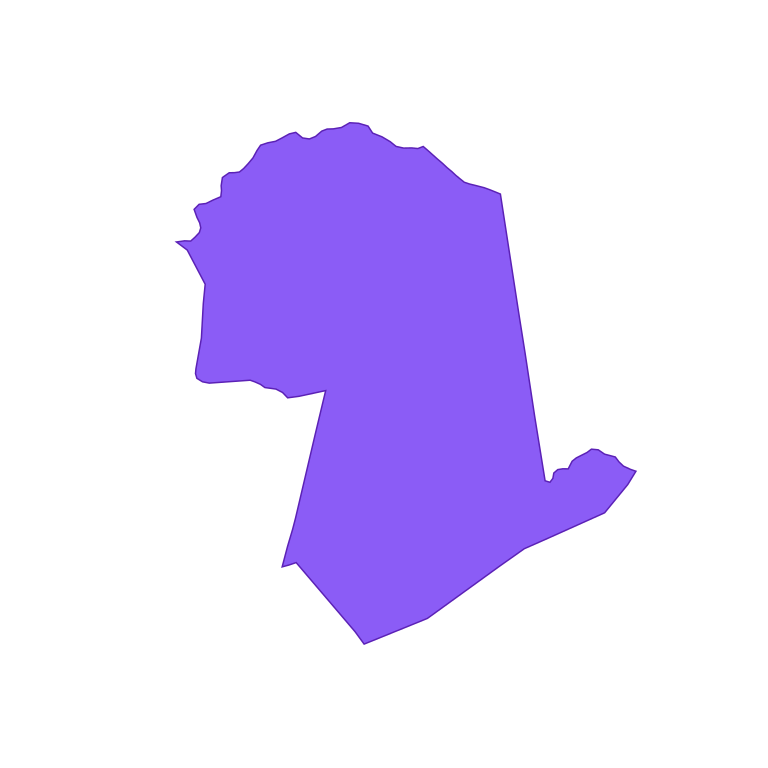 Apuiarés, Ceará, Brazil, rotated 216°
{"feature_id": "56859067B73937581953991", "entity_name": "Apuiarés", "entity_type": "district", "adm_level": 2, "iso_a3": "BRA", "parent_name": "Brazil", "parent_adm1": "Ceará", "projection": "orthographic", "projection_center": [-39.3, -3.96], "detail": "fine", "context": "isolated", "style": "filled", "palette": "violet", "viewbox_px": 768, "rotation_deg": 216, "n_neighbors": 0, "source": "geoboundaries", "source_scale": "gbopen_adm2", "svg_char_len": 1623}
<svg xmlns="http://www.w3.org/2000/svg" viewBox="0 0 768 768"><g transform="rotate(216 384 384)"><path d="M607.6,530.7L611.2,523.0L614.4,516.6L619.8,510.8L624.2,504.7L624.0,498.4L622.9,489.9L623.4,482.5L624.2,475.8L625.6,470.5L629.3,467.0L633.4,463.9L636.1,456.1L632.3,448.7L629.1,444.9L626.1,439.6L630.4,432.4L634.1,425.4L639.2,420.7L640.3,413.7L633.3,408.9L627.8,406.0L624.0,402.6L622.4,398.0L623.2,391.6L624.4,386.0L629.5,382.6L635.4,376.9L621.9,376.7L587.3,359.6L577.5,342.9L558.7,313.8L545.1,285.8L542.6,281.6L538.7,278.6L532.1,279.1L525.9,282.0L494.5,308.4L489.8,309.8L483.7,311.1L478.3,311.1L473.3,313.8L468.4,316.4L461.1,317.5L453.8,316.2L445.6,324.0L427.3,344.4L410.5,303.9L376.7,223.4L372.5,212.7L366.6,196.0L358.9,176.2L354.4,181.8L350.1,187.9L261.8,166.6L247.2,161.9L220.1,205.4L211.1,219.9L183.9,303.1L173.7,333.2L160.5,355.9L129.8,409.5L127.7,446.0L128.9,461.5L134.5,459.8L142.0,458.3L148.1,459.1L154.0,460.9L158.7,459.1L164.3,456.9L172.0,456.7L177.9,453.2L179.5,447.9L182.4,442.3L185.0,437.2L186.4,432.1L185.1,423.6L189.5,420.5L193.1,416.9L194.3,411.8L191.9,406.9L192.0,402.0L196.8,400.4L242.7,446.0L287.7,491.6L317.5,521.4L401.5,606.1L407.6,604.6L412.4,603.4L418.3,601.7L426.7,598.4L432.3,596.1L437.7,594.4L443.3,594.7L448.5,595.0L453.9,595.7L460.2,596.1L466.4,596.9L473.0,597.4L479.9,598.1L486.9,598.8L491.9,599.2L495.0,594.4L500.3,591.3L506.8,586.4L513.9,583.3L521.4,583.7L530.9,582.8L540.7,580.3L548.5,583.3L557.8,580.0L565.3,575.2L569.2,566.5L575.0,560.6L579.9,556.8L583.0,552.0L584.9,544.0L588.4,538.4L594.5,535.2L603.3,535.7L607.6,530.7Z" fill="#8b5cf6" stroke="#5b21b6" stroke-width="1.5"/></g></svg>